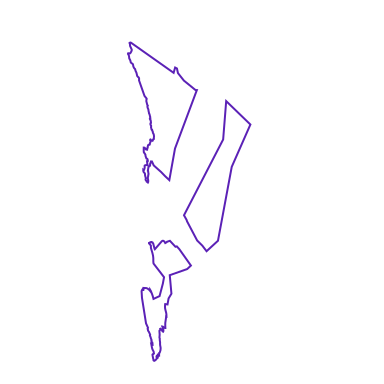 Kópavogsbær, Höfuðborgarsvæði, Iceland (Robinson projection), rotated 259°
{"feature_id": "244011B4103585132621", "entity_name": "Kópavogsbær", "entity_type": "district", "adm_level": 2, "iso_a3": "ISL", "parent_name": "Iceland", "parent_adm1": "Höfuðborgarsvæði", "projection": "robinson", "projection_center": [-21.781, 64.044], "detail": "fine", "context": "isolated", "style": "outline", "palette": "violet", "viewbox_px": 384, "rotation_deg": 259, "n_neighbors": 0, "source": "geoboundaries", "source_scale": "gbopen_adm2", "svg_char_len": 5728}
<svg xmlns="http://www.w3.org/2000/svg" viewBox="0 0 384 384"><g transform="rotate(259 192 192)"><path d="M291.1,216.2L291.4,214.9L302.9,205.3L311.4,200.9L316.1,200.8L317.4,199.2L312.5,196.7L350.2,160.6L350.5,159.9L350.3,159.3L350.2,159.1L349.0,159.3L347.4,159.1L347.1,159.1L344.2,159.8L343.3,160.0L342.9,160.0L341.6,159.3L341.0,158.8L340.2,158.1L339.9,157.6L340.0,157.0L340.3,156.3L340.3,155.7L339.8,155.5L339.4,155.6L339.0,155.8L338.3,156.0L337.4,156.1L335.3,155.9L334.6,156.0L334.1,156.3L332.4,156.6L331.1,156.6L330.1,157.1L329.2,158.1L328.8,158.3L328.3,158.4L326.3,158.4L325.5,158.6L324.8,158.8L324.2,159.1L323.5,159.6L321.6,159.7L320.6,160.0L319.7,160.2L317.9,160.3L317.0,160.3L316.2,160.4L315.2,161.0L314.5,161.6L313.1,161.7L312.2,161.4L311.7,161.3L295.4,163.7L292.5,165.2L292.2,165.3L291.8,165.2L291.4,164.9L289.9,164.5L286.3,164.7L285.9,164.8L285.3,165.1L285.2,165.1L284.9,164.9L284.9,164.7L284.7,164.6L283.6,164.5L283.2,164.6L282.6,164.6L281.6,164.9L281.1,164.9L279.5,164.8L278.3,164.9L277.6,164.8L277.0,164.9L276.7,165.1L275.1,165.2L274.3,165.2L273.9,165.3L273.6,165.3L272.8,165.0L272.5,165.2L271.9,165.1L272.0,164.9L271.8,164.6L271.3,164.7L271.0,164.7L270.5,165.0L270.2,165.1L268.1,165.0L267.7,164.9L267.7,164.7L267.3,164.3L266.2,164.1L265.6,164.2L265.1,164.5L264.6,164.5L263.3,164.1L262.3,164.2L261.1,164.2L260.8,164.3L260.6,164.7L259.7,164.7L259.0,165.0L257.5,164.9L256.8,165.2L255.8,165.4L254.7,165.4L253.7,165.3L252.9,165.0L251.3,164.7L251.2,164.6L251.2,164.1L251.1,163.9L250.6,163.6L250.2,163.4L249.8,163.1L249.8,162.8L250.3,162.0L250.8,161.6L251.5,161.3L251.5,161.2L251.2,160.9L250.6,160.8L250.4,160.9L249.8,161.1L249.1,160.8L248.5,160.4L248.4,160.3L248.1,160.2L247.8,159.9L246.7,159.6L246.5,159.4L246.5,159.1L246.6,158.5L246.6,158.3L246.3,157.8L244.9,157.2L244.6,157.0L243.9,157.0L243.7,156.8L243.5,156.6L243.5,156.4L243.4,156.3L242.6,156.2L242.2,156.0L242.3,155.8L242.2,155.8L242.3,155.4L242.6,154.9L244.1,154.2L244.6,153.8L244.8,153.1L242.4,152.6L240.4,152.3L239.6,152.5L239.0,152.9L237.5,153.4L236.8,153.3L235.8,153.3L234.6,153.5L233.8,153.6L233.5,153.7L233.4,153.9L233.1,154.4L232.9,154.5L232.5,154.6L231.0,154.6L230.7,154.5L230.6,154.4L230.7,153.7L228.1,153.5L227.5,153.4L227.0,153.1L227.2,151.9L227.1,150.8L227.0,150.6L226.5,150.4L225.4,150.3L224.2,149.9L223.5,149.5L222.6,148.9L222.6,148.7L223.0,148.4L222.0,148.2L220.7,148.4L219.4,149.2L219.0,149.3L217.1,149.1L215.8,149.2L214.4,149.3L213.6,149.0L213.1,148.8L212.7,148.8L212.4,148.9L211.9,149.2L211.4,149.4L210.8,149.5L210.6,149.7L210.4,149.9L210.2,150.1L209.7,150.5L210.2,150.9L210.9,151.0L211.2,151.2L211.5,151.2L212.0,151.2L213.1,151.3L213.4,151.2L214.0,151.2L214.2,151.3L214.9,151.5L215.0,151.6L215.4,151.8L216.3,152.1L216.9,152.2L217.2,152.5L217.6,152.6L218.2,152.8L219.6,152.8L220.9,152.9L221.2,152.7L223.9,153.7L225.4,154.2L225.3,154.6L225.5,154.7L225.6,155.0L226.0,155.2L225.8,155.7L226.1,155.9L227.0,156.2L227.5,156.2L227.6,156.4L227.9,156.6L228.3,156.7L228.5,156.8L228.6,157.1L229.8,157.5L229.6,158.5L225.4,159.5L217.5,165.5L212.7,168.6L208.0,172.0L237.9,183.6L291.1,216.2ZM131.1,195.0L139.2,208.2L209.1,235.8L247.1,262.2L274.7,242.9L237.6,232.6L170.7,179.7L165.5,181.4L164.3,181.5L143.4,187.8L137.4,191.9L131.1,195.0ZM66.3,122.4L66.2,122.5L64.5,122.4L63.5,122.7L63.0,123.0L62.4,123.1L62.1,123.2L59.9,123.7L59.7,123.6L59.3,123.3L58.0,123.5L57.3,123.7L55.9,123.7L55.5,123.8L55.1,124.0L53.9,124.0L53.7,123.9L53.6,123.7L53.0,123.8L52.7,123.7L52.4,123.8L52.2,124.0L52.1,123.8L51.3,123.7L51.0,123.5L50.9,123.6L51.3,123.9L51.1,124.2L50.7,124.3L49.4,124.1L49.5,123.5L50.3,123.4L50.5,123.3L50.7,123.0L46.6,123.0L44.9,123.2L42.9,123.8L42.3,123.9L41.3,123.8L40.7,123.8L40.5,123.4L40.3,123.2L40.3,122.6L40.1,122.3L40.0,122.2L39.1,122.1L35.8,122.1L34.8,122.2L34.1,122.1L33.7,122.4L33.5,122.7L33.5,123.0L33.7,123.5L33.8,123.7L33.9,123.9L34.0,124.1L34.1,124.3L34.4,124.7L34.7,125.1L35.2,125.6L35.5,125.8L35.5,126.2L35.6,126.5L35.9,126.8L36.0,126.8L36.3,125.7L37.4,125.8L37.7,126.0L38.0,126.4L38.0,126.8L38.7,127.3L38.8,127.3L38.0,127.4L38.0,127.5L39.0,127.6L39.0,127.9L39.0,128.1L37.7,128.3L37.7,128.2L37.6,127.4L37.4,127.3L37.5,128.4L37.6,128.5L39.0,128.4L39.1,128.8L39.5,128.9L40.2,129.0L40.4,129.5L40.9,129.9L42.8,130.9L44.6,131.4L45.6,131.5L46.9,131.5L47.9,131.5L49.2,131.7L50.6,132.0L52.8,132.1L53.4,132.2L54.1,132.4L54.7,132.3L55.5,132.3L58.0,133.0L59.5,133.2L61.9,133.5L62.1,133.6L62.3,133.8L62.4,134.1L62.6,134.3L63.0,134.9L63.8,134.7L64.0,134.7L64.7,134.6L63.9,134.8L63.2,135.6L62.6,136.0L61.0,136.4L60.6,136.7L60.4,137.0L61.0,137.4L62.1,137.6L63.1,137.6L65.6,137.2L65.5,137.5L65.3,137.8L64.4,138.5L64.0,139.1L63.7,139.5L63.6,139.9L66.2,140.3L68.6,140.8L73.5,142.5L74.9,142.9L74.7,143.2L75.4,143.3L76.6,143.5L78.3,143.6L81.7,143.4L83.2,143.4L85.0,143.7L86.9,144.2L87.1,144.3L86.3,146.5L92.0,148.7L96.1,152.4L114.6,154.3L117.3,172.6L120.0,176.9L138.4,168.6L141.5,166.7L141.4,165.3L148.3,161.0L147.9,157.9L147.5,157.5L147.0,156.0L148.2,155.6L148.7,155.4L149.1,155.0L149.5,154.6L149.7,154.2L149.7,153.7L149.6,153.3L149.3,152.8L142.9,144.6L143.5,144.4L148.8,144.1L149.1,143.9L149.9,143.7L150.0,143.5L150.0,143.2L150.6,142.9L150.6,142.6L150.7,142.4L150.7,142.1L150.5,141.6L150.6,141.4L150.3,141.1L150.2,140.7L150.2,140.3L150.2,140.1L149.8,140.0L149.4,140.2L148.7,140.7L147.8,141.1L147.2,141.4L145.0,141.0L139.8,141.5L136.9,141.6L134.5,141.4L130.7,140.7L129.1,140.6L113.7,148.3L107.6,145.9L96.0,140.3L94.4,133.8L97.3,133.6L99.5,133.3L102.7,132.7L104.1,132.2L103.1,131.9L103.9,131.5L104.7,130.8L105.5,130.1L105.9,129.6L106.3,129.0L106.5,128.4L107.1,126.0L106.0,125.8L105.5,125.8L105.1,125.6L105.2,125.2L105.8,124.7L105.5,124.4L105.3,124.5L104.4,123.6L97.6,122.7L71.8,121.8L67.1,122.9L66.3,122.4Z" fill="none" stroke="#5b21b6" stroke-width="2"/></g></svg>